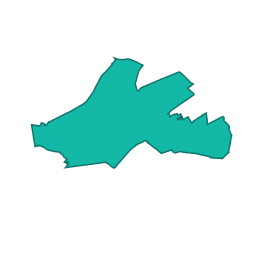 Tytsjerksteradiel, Friesland, Netherlands, rotated 154°
{"feature_id": "6326949B88098552401635", "entity_name": "Tytsjerksteradiel", "entity_type": "district", "adm_level": 2, "iso_a3": "NLD", "parent_name": "Netherlands", "parent_adm1": "Friesland", "projection": "natural_earth1", "projection_center": [5.945, 53.205], "detail": "fine", "context": "isolated", "style": "filled", "palette": "teal", "viewbox_px": 256, "rotation_deg": 154, "n_neighbors": 0, "source": "geoboundaries", "source_scale": "gbopen_adm2", "svg_char_len": 5319}
<svg xmlns="http://www.w3.org/2000/svg" viewBox="0 0 256 256"><g transform="rotate(154 128 128)"><path d="M158.6,98.4L157.4,98.2L157.0,98.2L156.6,98.3L156.2,98.5L155.7,98.7L155.8,98.7L152.9,100.1L149.4,101.5L147.0,102.5L137.4,106.6L136.5,106.9L135.2,107.5L131.8,108.2L131.0,108.4L128.7,108.8L128.4,108.9L128.5,109.2L126.9,109.1L126.2,109.3L125.7,109.2L125.2,109.4L124.5,109.0L122.4,109.1L122.2,109.2L121.4,109.0L120.2,109.1L119.8,109.1L117.6,109.1L117.3,108.4L117.2,108.0L116.6,107.1L116.8,107.1L117.0,107.0L117.1,106.8L117.0,106.6L116.9,106.4L116.7,106.2L116.7,105.9L116.4,105.6L116.2,105.1L115.8,104.6L115.5,103.8L115.0,102.9L114.5,101.8L114.2,101.1L114.0,100.6L113.2,99.0L113.0,98.4L112.9,98.2L112.7,98.0L112.2,97.5L111.9,96.8L109.2,90.6L98.1,89.1L98.2,88.9L98.4,88.5L98.3,88.2L98.3,87.9L98.2,87.0L98.0,86.6L97.5,86.1L96.3,84.8L95.2,84.7L94.8,84.5L94.3,84.5L91.3,84.0L90.9,83.8L90.5,83.4L90.1,82.8L89.9,82.6L89.2,82.2L88.2,81.7L87.9,81.4L87.4,81.1L86.8,80.5L86.7,80.6L86.0,80.0L85.7,79.9L85.3,79.8L84.9,79.6L82.0,77.6L81.9,77.7L78.9,75.7L77.3,74.6L77.2,74.7L76.9,74.2L76.4,73.9L76.1,73.6L75.1,72.8L73.2,71.2L66.7,66.1L67.1,65.8L66.7,65.5L66.6,65.0L65.2,64.4L65.3,64.1L65.2,64.0L56.7,59.5L57.0,59.4L56.6,59.1L55.9,59.4L55.4,59.5L52.2,60.7L50.3,61.3L48.1,61.8L47.9,62.0L47.8,62.7L47.8,62.9L47.2,63.7L46.8,64.5L46.2,65.3L45.6,65.9L45.5,66.2L44.6,67.1L43.7,68.2L43.6,68.5L43.1,69.1L42.3,69.7L42.2,70.0L42.2,70.4L41.6,71.2L39.8,73.9L39.1,74.5L38.4,75.3L38.2,75.6L38.0,76.2L38.0,76.6L38.1,77.9L38.1,78.6L37.9,79.9L37.9,80.6L37.9,82.4L37.6,83.0L36.7,84.0L36.4,84.4L36.3,85.0L36.5,86.0L36.5,86.5L36.7,87.1L37.0,88.0L37.2,89.3L37.4,89.6L37.8,90.2L37.8,90.5L38.1,91.2L38.5,92.2L38.6,92.8L38.5,93.4L37.8,93.9L37.9,94.1L37.4,94.6L37.3,94.8L37.2,95.3L37.4,95.8L37.9,96.6L37.9,96.8L50.2,96.5L53.9,96.4L55.3,96.5L55.0,97.2L54.6,97.9L54.4,98.2L53.9,98.7L53.9,99.2L53.5,100.0L53.3,100.8L52.9,101.4L53.0,101.8L52.6,102.9L52.4,103.6L52.1,104.5L52.0,104.8L51.6,105.6L51.4,106.2L51.0,107.1L56.0,107.0L56.0,106.5L61.4,106.2L62.1,105.9L62.3,105.8L66.3,105.5L66.7,105.3L66.9,105.0L67.3,104.8L68.6,104.7L68.8,107.1L69.1,110.2L69.1,111.6L75.1,111.6L75.1,112.0L74.8,112.0L74.6,113.4L77.6,113.4L79.6,113.3L79.6,113.9L79.5,114.3L79.7,114.6L79.7,114.9L74.5,114.9L74.5,117.6L76.2,117.5L77.8,117.5L77.6,119.4L80.2,119.5L80.2,120.1L85.4,119.8L84.9,120.5L84.8,121.0L84.9,121.5L84.8,121.9L85.0,122.3L85.9,122.8L86.1,123.1L83.0,124.3L81.7,124.7L80.2,125.0L78.5,125.3L64.6,127.4L64.3,127.4L63.4,127.4L63.4,127.5L63.2,127.6L57.2,128.5L54.4,128.9L54.4,129.0L54.3,129.4L54.1,129.7L53.9,129.8L54.3,130.9L54.2,130.9L55.1,132.9L55.2,133.3L55.5,133.8L56.2,135.7L57.1,137.4L57.1,137.5L56.8,137.7L55.0,138.1L54.8,138.1L54.4,138.0L54.2,138.0L50.6,138.9L50.4,139.0L50.3,138.9L50.0,139.1L50.2,139.3L50.5,139.5L51.0,140.0L51.3,140.4L51.7,141.2L52.0,142.0L52.9,144.9L53.9,147.3L54.4,149.1L55.7,152.4L55.8,152.7L56.1,153.5L57.1,155.7L57.3,155.8L58.7,156.1L64.7,156.4L68.2,156.7L70.8,156.9L71.0,156.8L74.7,157.1L77.0,157.4L77.0,157.2L80.2,157.5L81.5,157.5L91.9,158.0L94.6,158.2L95.7,158.4L98.0,158.3L99.4,158.1L100.8,157.5L101.4,157.2L102.6,156.7L103.2,157.5L103.3,157.9L103.0,159.7L102.8,160.7L102.4,163.0L102.2,164.1L101.9,164.8L101.3,165.6L99.1,167.9L98.1,169.1L98.0,169.4L97.3,170.3L96.9,170.7L96.5,171.2L95.9,171.7L95.6,172.1L94.2,173.5L93.8,174.2L92.8,174.9L91.5,175.5L91.2,175.8L88.9,176.9L88.3,177.3L87.6,177.6L87.1,177.8L87.3,178.2L87.4,178.4L88.9,180.0L90.4,181.8L90.5,182.0L90.5,182.4L90.9,182.9L92.2,184.5L92.8,185.2L93.3,185.7L94.6,187.0L95.2,187.9L96.2,188.9L96.6,189.3L96.8,189.3L97.8,190.0L98.7,190.4L99.1,190.7L99.6,190.7L100.6,191.1L101.6,191.2L102.0,191.3L102.6,191.7L103.8,192.3L104.1,192.5L105.5,193.2L106.4,193.8L108.1,195.3L109.2,196.6L109.5,196.9L109.2,195.4L109.2,195.1L109.3,195.1L109.5,195.0L109.4,194.6L112.2,193.3L112.7,193.1L113.0,193.0L113.8,193.2L114.0,193.0L114.3,192.7L114.2,192.5L114.2,192.3L114.4,192.1L115.0,191.9L115.1,191.7L115.4,191.5L116.7,191.0L117.4,190.6L118.4,190.4L118.6,190.2L122.3,188.7L122.9,188.6L123.9,188.2L124.9,187.5L125.3,187.8L129.5,186.2L134.3,182.5L138.4,179.5L138.7,179.3L138.8,179.4L139.0,179.1L140.7,177.9L140.9,177.7L141.5,177.1L144.0,175.3L145.1,174.8L145.3,174.6L153.5,170.2L153.9,169.9L158.7,169.1L173.0,168.1L175.8,168.0L176.0,168.2L176.4,168.2L176.9,168.2L196.5,167.9L196.7,168.2L197.3,167.8L200.8,166.1L202.0,167.0L201.6,167.4L201.2,167.6L201.1,167.9L201.1,168.1L202.1,169.2L203.1,170.3L203.3,170.1L204.1,169.7L204.2,170.0L204.4,169.7L204.8,169.3L206.4,168.4L213.2,173.2L213.6,171.9L214.6,168.7L216.6,162.2L219.7,152.1L216.3,151.2L216.1,151.8L213.7,149.4L213.3,149.3L213.4,149.1L212.5,148.0L211.6,146.7L211.3,146.1L210.9,145.4L210.4,144.3L210.1,144.0L208.3,142.3L204.7,139.4L202.6,137.9L201.1,137.1L200.8,137.0L200.0,135.7L199.3,134.2L198.9,133.5L198.3,131.8L198.3,131.3L198.4,130.5L198.2,129.8L197.5,128.4L196.5,126.7L197.4,126.5L197.7,126.3L198.4,126.0L200.1,125.2L199.9,125.0L199.3,124.0L197.0,124.4L196.9,124.3L196.8,124.2L196.6,123.4L198.6,123.0L198.5,122.8L198.6,122.6L198.3,122.2L198.2,121.9L197.5,121.4L198.5,121.0L199.0,120.9L198.9,120.7L198.6,120.7L201.5,119.8L183.3,113.8L182.6,113.5L164.2,107.4L164.1,107.2L163.4,107.3L163.3,107.2L163.2,106.9L162.8,106.2L161.3,104.3L160.9,103.6L160.8,103.1L160.1,101.4L159.4,99.9L158.6,98.4Z" fill="#14b8a6" stroke="#0f766e" stroke-width="1.5"/></g></svg>